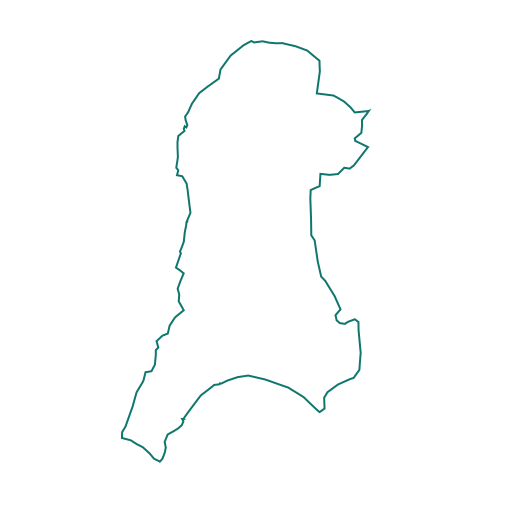 Jorquelleh, Bong, Liberia, rotated 6°
{"feature_id": "62588387B10332133917800", "entity_name": "Jorquelleh", "entity_type": "district", "adm_level": 2, "iso_a3": "LBR", "parent_name": "Liberia", "parent_adm1": "Bong", "projection": "mercator", "projection_center": [-9.438, 6.901], "detail": "fine", "context": "isolated", "style": "outline", "palette": "teal", "viewbox_px": 512, "rotation_deg": 6, "n_neighbors": 0, "source": "geoboundaries", "source_scale": "gbopen_adm2", "svg_char_len": 3149}
<svg xmlns="http://www.w3.org/2000/svg" viewBox="0 0 512 512"><g transform="rotate(6 256 256)"><path d="M370.0,340.2L369.0,335.3L365.8,319.3L365.3,315.3L364.8,311.0L360.9,308.6L354.1,312.0L351.5,314.2L346.4,314.0L342.9,311.5L341.8,308.1L341.2,306.6L345.6,300.3L345.1,299.3L340.1,290.7L338.3,287.5L338.2,287.4L328.7,275.1L327.6,273.6L323.0,269.7L321.2,264.5L317.9,254.8L317.6,253.5L314.5,241.4L312.7,234.4L308.8,229.6L308.2,224.3L306.9,213.6L306.6,211.5L305.6,204.3L304.0,193.1L303.5,184.7L308.1,182.0L311.8,180.0L312.0,179.9L311.5,167.6L320.7,167.6L321.3,167.5L329.0,165.9L330.6,163.9L333.6,160.2L334.6,159.0L339.9,159.3L340.6,158.7L341.7,157.7L343.8,155.8L351.1,143.9L355.7,136.4L356.0,136.0L342.6,131.1L342.4,130.3L341.9,128.7L347.9,122.5L347.9,120.4L347.9,115.4L347.2,109.6L348.0,108.3L351.1,103.4L353.0,99.9L352.6,100.1L339.2,102.9L334.5,98.3L327.5,93.2L319.7,89.7L318.6,89.3L316.3,88.3L300.6,88.0L299.5,88.0L299.6,84.4L300.2,66.2L300.2,65.8L299.2,59.0L299.0,57.1L298.7,55.2L285.6,46.4L282.2,45.5L273.2,43.2L263.1,42.0L259.8,41.5L259.5,41.6L254.2,42.3L247.2,42.5L240.1,41.8L239.2,42.0L233.8,43.3L231.8,43.8L230.0,43.1L228.9,42.7L225.6,44.9L221.6,47.7L213.3,55.9L213.0,56.2L209.9,59.2L201.2,74.2L201.1,75.7L200.5,83.5L190.3,92.5L189.6,93.2L182.5,99.9L176.4,111.2L176.2,111.7L175.1,115.0L173.5,120.0L170.9,124.8L171.7,127.7L171.8,128.1L174.0,133.0L173.3,135.4L171.6,134.4L170.9,136.9L171.8,139.1L167.9,143.0L167.3,143.7L166.2,144.7L166.1,147.6L166.0,150.9L166.7,157.2L167.2,160.4L168.0,166.0L167.9,167.4L167.9,168.6L167.6,173.5L167.6,174.4L167.5,176.6L168.2,177.3L169.7,178.8L169.0,183.9L174.3,184.4L174.8,185.0L175.4,185.9L176.4,187.2L179.4,191.2L180.5,195.3L180.9,196.6L181.9,201.1L185.4,216.2L185.5,216.7L186.3,219.9L183.4,229.4L183.4,229.6L183.7,229.6L183.3,230.3L183.4,232.5L182.7,239.7L182.7,249.4L181.1,255.7L179.9,259.5L181.0,261.2L180.9,261.5L177.6,275.9L181.7,278.1L184.5,279.9L185.0,280.3L185.4,280.5L185.9,280.8L183.4,289.1L182.3,293.6L181.5,296.7L183.7,302.4L183.9,309.2L189.8,317.5L189.2,318.1L182.5,324.9L182.0,325.4L177.4,334.2L177.2,335.7L176.4,342.3L175.9,342.6L171.3,345.0L167.3,349.6L166.0,351.1L168.4,357.2L166.2,360.1L166.7,364.8L166.7,365.3L166.8,374.6L164.1,381.5L158.6,383.1L158.3,383.1L157.0,392.2L152.2,402.5L151.5,404.0L149.8,413.9L149.1,418.4L147.7,424.0L144.7,436.5L144.0,439.4L141.6,444.4L141.3,445.1L141.7,451.0L150.8,452.4L157.1,455.6L159.3,456.4L163.4,458.0L171.0,463.6L175.8,468.3L181.8,470.4L181.9,470.5L184.1,467.5L185.8,461.2L186.3,456.0L184.6,450.4L186.8,442.8L188.3,441.7L192.6,438.7L194.8,437.0L196.5,435.7L199.9,432.0L201.1,427.9L199.6,425.8L200.8,425.7L201.2,425.6L200.9,425.4L204.6,418.9L209.9,410.0L210.4,409.1L210.7,408.7L211.0,408.1L215.7,400.4L223.7,392.8L227.9,388.6L233.1,387.4L233.4,386.4L234.8,386.5L240.7,382.8L250.4,378.4L256.9,376.7L257.1,376.7L260.8,375.7L278.3,377.9L295.8,382.1L301.9,383.5L304.5,384.8L311.4,388.1L318.0,391.3L327.5,398.7L334.3,403.8L335.6,404.6L340.1,400.6L339.5,396.1L339.0,392.8L338.6,389.8L341.3,384.0L344.4,381.2L351.0,375.2L362.9,368.3L364.4,367.7L365.8,367.1L370.2,359.3L370.7,358.5L370.2,341.1L370.0,340.2Z" fill="none" stroke="#0f766e" stroke-width="2"/></g></svg>